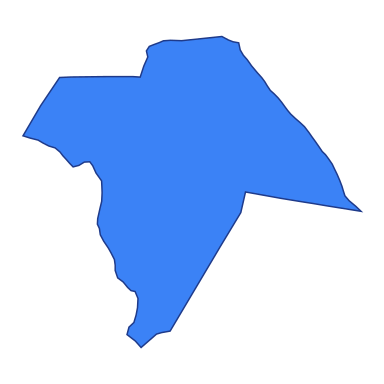 the district of Junqueiro, Alagoas, Brazil
{"feature_id": "56859067B20024464434808", "entity_name": "Junqueiro", "entity_type": "district", "adm_level": 2, "iso_a3": "BRA", "parent_name": "Brazil", "parent_adm1": "Alagoas", "projection": "robinson", "projection_center": [-36.435, -9.874], "detail": "fine", "context": "isolated", "style": "filled", "palette": "blue", "viewbox_px": 384, "rotation_deg": 0, "n_neighbors": 0, "source": "geoboundaries", "source_scale": "gbopen_adm2", "svg_char_len": 1424}
<svg xmlns="http://www.w3.org/2000/svg" viewBox="0 0 384 384"><path d="M238.7,42.8L233.1,41.8L228.4,40.0L221.9,36.5L181.6,40.7L170.5,40.3L163.4,40.8L159.3,42.6L153.8,44.6L149.3,46.4L146.4,50.9L147.8,57.0L143.8,66.1L140.2,77.1L132.8,76.6L107.2,76.6L71.3,77.0L59.6,77.5L40.7,105.6L23.0,135.8L30.2,138.1L38.1,140.1L43.3,143.2L48.8,146.0L55.1,147.9L60.0,152.0L62.9,155.8L66.4,159.6L69.7,163.4L73.1,166.9L78.9,165.4L84.3,162.1L89.8,161.8L92.7,165.7L96.0,173.0L101.6,180.9L101.9,186.9L102.1,192.8L101.7,201.3L100.1,207.9L97.7,218.6L97.4,224.2L99.4,228.5L100.3,234.8L103.7,241.2L108.3,248.0L111.0,252.8L114.4,259.5L115.2,265.2L115.2,270.5L117.7,277.9L123.2,282.0L127.7,287.5L131.0,290.6L135.1,291.5L138.0,298.5L137.5,307.8L136.1,315.1L133.9,322.5L129.0,327.1L127.0,334.6L135.3,341.0L141.1,347.5L156.5,334.1L161.6,332.6L170.1,331.1L217.0,252.1L219.9,247.2L240.8,212.6L245.5,192.0L268.5,196.1L281.2,198.4L299.0,201.3L304.6,202.2L312.4,203.4L326.0,205.7L361.0,211.3L355.8,206.3L349.2,200.8L344.9,195.8L343.3,190.8L342.0,186.4L339.8,180.6L337.1,174.3L334.7,169.4L332.2,164.1L328.4,158.6L325.5,154.7L322.2,151.5L318.9,146.6L315.2,141.3L311.7,136.5L309.2,132.9L304.5,126.7L299.9,122.4L295.4,118.5L290.6,114.0L287.6,110.4L284.5,106.2L281.9,102.6L278.3,98.1L274.3,94.0L270.3,90.4L267.1,85.6L264.7,81.6L261.8,77.7L257.3,72.7L251.6,65.9L247.3,59.8L243.3,55.2L240.2,49.9L238.7,42.8Z" fill="#3b82f6" stroke="#1e3a8a" stroke-width="1.5"/></svg>